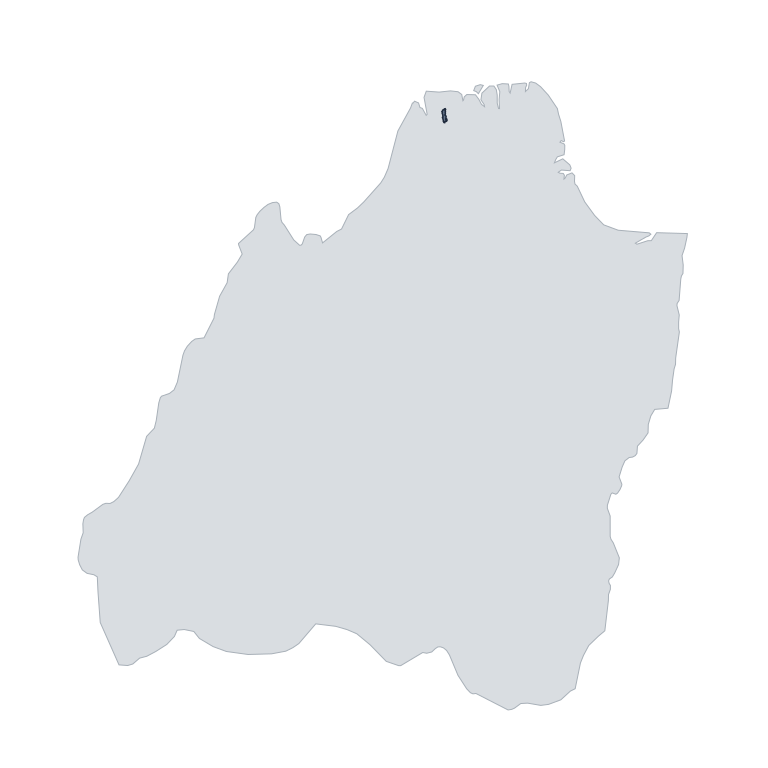 Nsit Ibom, Akwa Ibom, Nigeria shown in context, rotated 185°
{"feature_id": "59680162B17891920174093", "entity_name": "Nsit Ibom", "entity_type": "district", "adm_level": 2, "iso_a3": "NGA", "parent_name": "Nigeria", "parent_adm1": "Akwa Ibom", "projection": "equal_earth", "projection_center": [7.878, 4.905], "detail": "fine", "context": "in_parent", "style": "filled", "palette": "slate", "viewbox_px": 768, "rotation_deg": 185, "n_neighbors": 0, "source": "geoboundaries", "source_scale": "gbopen_adm2", "svg_char_len": 4740}
<svg xmlns="http://www.w3.org/2000/svg" viewBox="0 0 768 768"><g transform="rotate(185 384 384)"><path d="M623.5,81.1L645.9,121.7L650.8,152.0L652.8,166.9L656.4,168.7L663.3,169.5L668.3,172.5L671.4,177.4L673.3,182.1L673.7,184.8L672.4,203.0L670.7,209.6L671.8,218.5L671.5,222.4L670.8,225.0L667.7,228.0L663.5,230.9L653.6,239.6L650.7,240.9L646.5,241.1L642.9,243.3L638.6,247.9L629.4,265.4L621.5,282.9L615.9,311.2L608.9,320.0L607.7,327.9L606.7,345.6L605.6,350.9L604.5,352.5L596.9,355.9L592.6,359.9L590.0,367.9L586.8,395.2L585.6,399.7L583.2,404.5L579.3,409.6L576.0,412.4L567.3,414.3L559.1,434.8L559.0,438.4L555.4,457.1L549.1,471.2L548.6,480.2L540.7,492.6L536.6,501.1L540.9,509.9L541.2,511.3L527.5,526.2L526.7,528.5L526.2,538.8L525.1,541.6L522.6,545.4L518.9,549.5L515.2,552.8L510.9,555.0L506.8,555.8L504.5,554.5L503.2,551.4L500.9,538.8L499.7,536.1L497.1,533.6L486.5,519.7L480.1,514.8L478.7,515.1L477.6,516.5L475.8,523.5L474.0,526.1L470.7,527.0L464.8,527.0L460.5,526.0L459.6,524.7L457.5,519.2L444.4,531.8L439.8,534.7L434.0,549.7L425.7,557.1L420.0,563.6L404.8,584.0L401.7,590.0L398.7,599.0L392.2,637.3L381.6,661.3L380.2,666.4L379.6,666.3L378.2,668.4L374.1,667.0L372.3,662.6L369.8,661.9L365.4,655.3L364.5,656.4L369.1,673.0L367.4,679.4L354.5,679.6L343.3,681.8L335.7,681.6L331.8,679.2L330.1,673.0L329.5,673.7L329.1,677.0L326.7,679.6L318.1,680.1L314.3,675.8L311.3,671.1L308.0,669.0L308.5,671.0L312.2,675.6L311.8,682.3L304.9,690.0L300.5,690.4L297.8,687.1L296.4,681.7L295.7,673.7L293.9,668.4L292.9,668.4L294.1,677.1L294.1,685.3L297.4,691.6L292.4,693.5L286.3,693.7L285.5,691.4L284.8,686.2L283.7,684.8L282.5,693.7L270.0,696.1L268.3,695.8L267.9,694.1L268.8,691.7L268.6,687.7L265.9,690.8L265.4,696.9L263.8,697.9L259.1,697.0L253.9,693.8L245.5,686.1L235.3,673.5L233.6,667.9L230.7,660.9L225.3,641.8L226.3,641.0L228.7,642.0L229.8,640.2L225.6,638.9L224.7,637.5L224.4,633.3L224.6,628.1L231.1,625.4L232.6,622.3L233.5,619.2L225.5,623.9L218.0,618.5L216.4,615.3L217.2,612.7L225.9,612.6L228.9,610.1L227.1,609.3L223.8,609.4L222.5,607.7L222.6,603.8L221.6,604.7L220.1,608.2L215.1,610.7L212.2,608.2L211.9,602.5L211.2,599.9L208.7,597.9L199.9,582.9L188.9,570.3L179.0,561.7L164.1,557.6L133.0,557.7L131.2,556.5L133.1,554.6L135.9,553.2L145.9,546.2L144.2,545.3L133.8,549.7L130.2,550.1L125.6,558.5L94.9,560.3L95.0,556.5L96.4,545.5L98.3,537.9L96.3,528.6L95.8,520.2L97.1,517.6L97.5,514.5L97.3,493.0L99.0,489.8L99.0,487.6L95.9,478.5L95.9,471.5L95.3,464.7L94.3,461.6L95.7,435.4L95.3,429.0L96.3,424.4L96.9,413.1L96.9,402.1L99.0,384.6L112.1,382.3L115.4,375.5L117.2,366.8L116.7,358.3L121.0,350.8L126.1,344.2L126.0,336.9L127.4,334.6L129.9,332.9L133.4,332.1L137.3,328.5L139.5,322.1L141.7,311.9L138.3,304.9L138.4,303.3L139.7,299.5L141.8,295.7L143.4,294.4L147.2,295.4L148.4,293.9L150.9,282.7L150.7,279.7L147.2,272.2L145.4,251.9L144.4,249.2L141.6,245.5L134.4,231.3L134.6,224.5L137.7,215.9L139.7,211.7L142.5,209.4L143.1,207.4L142.3,204.9L140.9,203.1L140.6,199.2L142.0,193.8L141.6,187.9L142.5,157.4L148.5,151.4L157.2,141.4L161.6,131.1L164.0,123.2L167.0,97.1L171.6,94.3L180.3,84.8L192.1,79.2L199.8,77.5L213.1,78.6L219.9,77.6L225.7,72.5L228.4,71.0L232.0,70.1L265.4,83.7L268.4,83.1L271.0,84.0L275.1,87.6L284.9,100.2L295.2,119.8L298.4,124.0L301.7,126.3L304.9,127.1L307.4,126.8L309.8,124.9L313.1,121.2L318.0,119.5L322.0,119.9L342.8,104.9L344.8,104.7L357.6,107.9L375.0,122.9L389.3,132.8L399.3,136.1L411.1,138.4L431.1,139.1L446.2,118.0L451.8,113.4L458.5,109.3L472.5,105.4L495.8,102.7L517.7,103.8L531.3,107.5L545.7,114.4L551.9,120.9L561.6,122.0L568.6,120.7L570.8,114.2L577.7,105.6L588.1,97.6L596.6,92.1L603.6,89.6L609.8,83.2L614.8,81.2L623.5,81.1ZM318.9,688.6L314.2,690.6L311.1,690.1L315.3,681.4L317.5,683.3L320.2,684.1L318.9,688.6Z" fill="#d9dde1" stroke="#a8b0b8" stroke-width="1"/><path d="M349.4,662.0L349.5,661.8L349.5,661.5L349.5,661.3L349.6,661.0L349.8,660.7L350.0,660.5L350.1,660.3L349.5,659.5L349.6,658.8L349.6,658.5L349.0,657.5L348.9,657.3L348.9,656.9L348.9,656.7L348.6,656.0L348.6,655.2L348.8,655.2L349.0,654.4L348.5,654.1L348.5,653.4L348.0,652.2L347.8,652.0L347.9,651.0L347.8,650.9L347.3,650.5L347.3,650.0L347.1,649.8L347.0,649.7L346.9,649.7L346.6,649.6L346.3,649.6L346.2,650.2L345.9,650.8L345.4,650.9L345.2,650.9L344.7,651.2L344.7,651.3L344.4,651.6L344.2,651.9L344.2,652.2L344.2,652.5L344.5,653.1L345.0,652.3L345.1,652.2L345.3,652.4L345.6,652.7L345.6,652.8L345.7,653.7L345.4,654.2L345.5,654.4L345.5,655.3L345.4,655.6L345.5,656.2L345.7,656.4L346.0,656.7L346.1,656.9L346.4,657.2L346.8,657.3L346.4,658.3L346.5,658.7L346.4,659.0L346.7,659.8L346.7,660.0L346.6,660.4L346.5,660.5L346.6,661.1L346.9,661.4L347.0,661.6L346.5,662.8L346.6,663.0L347.0,663.6L347.4,663.5L347.5,663.4L347.8,663.3L347.9,663.1L348.4,662.6L348.8,662.2L349.4,662.0Z" fill="#64748b" stroke="#1e293b" stroke-width="1.5"/></g></svg>